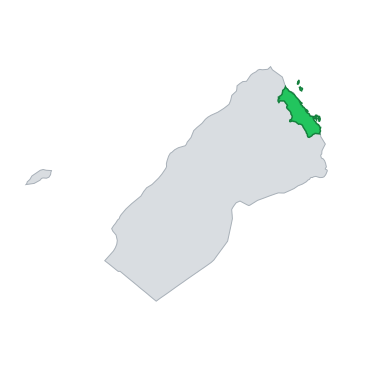 location of Al Hudaydah within Yemen, rotated 155°
{"feature_id": "YEM-151", "entity_name": "Al Hudaydah", "entity_type": "Governorate", "adm_level": 1, "iso_a3": "YEM", "parent_name": "Yemen", "parent_adm1": "", "projection": "orthographic", "projection_center": [43.034, 14.789], "detail": "fine", "context": "in_parent", "style": "filled", "palette": "green", "viewbox_px": 384, "rotation_deg": 155, "n_neighbors": 0, "source": "natural_earth", "source_scale": "10m", "svg_char_len": 6489}
<svg xmlns="http://www.w3.org/2000/svg" viewBox="0 0 384 384"><g transform="rotate(155 192 192)"><path d="M300.1,166.6L288.2,171.7L285.1,173.8L282.3,176.4L280.2,179.6L279.0,185.1L280.3,190.0L280.3,192.7L277.3,194.6L274.4,196.0L271.2,198.1L269.2,198.6L267.7,200.2L265.8,201.4L259.1,204.5L251.7,206.9L240.0,209.9L235.5,212.9L231.3,215.0L225.0,215.7L216.4,218.7L211.6,221.0L205.6,224.6L204.3,225.8L203.3,228.4L201.5,230.7L198.0,234.4L195.3,236.3L193.4,236.5L189.9,237.6L185.7,237.9L178.6,236.8L176.8,237.7L175.3,239.2L169.9,241.8L164.5,246.9L160.4,248.3L153.9,250.0L149.3,252.2L146.2,253.1L142.3,253.5L134.9,253.4L127.9,254.3L121.4,255.8L118.4,258.5L115.0,262.8L109.3,264.6L108.0,266.1L106.3,269.2L102.6,270.1L99.3,270.6L95.8,269.3L89.4,273.1L87.0,273.7L83.3,273.9L80.7,274.7L78.8,274.5L76.5,273.0L71.5,271.2L67.8,272.4L67.5,268.8L61.5,258.0L62.7,248.5L62.7,247.2L61.5,242.9L58.0,239.1L58.1,234.2L56.9,230.7L55.9,227.1L56.2,226.1L56.3,225.3L54.5,219.7L53.9,218.6L53.6,217.4L54.2,216.5L54.2,215.5L53.2,213.8L52.2,210.6L47.4,208.0L48.4,205.7L49.3,206.5L50.6,207.2L50.8,205.7L50.9,204.5L48.8,197.3L51.9,187.7L50.9,179.1L55.4,175.6L56.6,174.6L57.3,173.6L58.3,171.7L59.8,171.0L60.3,169.0L60.3,167.9L59.3,167.0L58.6,164.6L58.8,161.6L59.1,160.3L59.6,157.9L61.1,157.1L61.5,156.4L60.3,154.9L60.4,154.0L63.1,151.5L64.2,150.8L65.9,150.0L67.3,150.0L68.8,150.5L70.3,151.2L71.6,152.4L73.1,153.8L75.3,154.4L76.8,154.2L78.0,154.9L79.1,154.5L80.2,153.8L82.1,153.8L83.8,153.0L88.6,152.5L93.3,152.8L98.1,152.0L103.0,152.0L107.8,152.1L108.9,152.1L110.0,152.6L114.1,154.7L117.3,155.1L123.6,155.7L130.3,156.2L136.1,156.7L141.0,156.1L145.1,155.6L146.2,155.7L147.4,157.0L149.9,160.3L152.3,163.5L156.4,163.6L159.0,162.3L161.8,160.6L163.5,159.3L165.4,154.0L166.7,150.7L169.6,146.8L172.0,143.6L175.2,139.4L177.0,137.0L180.5,132.4L183.9,130.5L190.5,126.9L196.9,123.4L201.0,121.1L204.6,120.0L210.6,118.9L217.7,117.7L224.7,116.5L232.3,115.2L240.6,113.7L246.3,112.7L253.6,111.3L259.7,110.2L265.1,109.3L270.6,108.2L271.8,110.7L273.0,113.2L274.2,115.7L275.3,118.2L276.5,120.7L277.7,123.2L278.9,125.6L280.1,128.1L281.2,130.6L282.4,133.1L283.6,135.6L284.8,138.1L286.0,140.6L287.2,143.1L288.3,145.5L289.5,148.0L290.7,150.5L292.4,151.2L293.6,153.5L295.2,156.8L296.8,160.1L298.4,163.3L300.1,166.6ZM321.1,267.7L322.6,267.9L324.8,266.9L331.4,266.5L339.4,268.9L337.9,269.7L337.1,270.8L333.6,271.9L330.3,274.2L320.3,275.8L317.4,275.3L314.9,273.3L310.3,270.8L312.0,269.0L312.3,268.2L313.0,267.4L315.4,265.9L318.0,266.0L321.1,267.7ZM50.5,240.1L50.2,240.6L49.7,240.5L48.2,239.2L49.9,237.6L50.8,239.0L50.5,240.1ZM45.7,206.2L45.0,206.8L44.7,205.8L45.2,203.6L46.0,203.0L46.6,204.6L46.2,205.5L45.7,206.2ZM49.7,246.9L48.1,247.6L49.2,245.6L50.4,245.2L50.7,245.3L49.7,246.9Z" fill="#d9dde1" stroke="#a8b0b8" stroke-width="1"/><path d="M62.8,247.9L62.8,247.3L62.7,246.4L61.9,244.9L61.8,244.6L61.5,242.5L61.4,242.3L59.8,240.5L59.2,239.2L58.7,238.0L58.1,237.2L57.8,235.3L57.6,234.4L57.4,233.6L56.9,232.4L56.2,230.0L56.0,229.5L55.9,228.7L55.6,228.0L55.5,227.2L55.5,226.9L55.3,226.8L54.9,226.5L54.8,226.3L54.8,226.0L54.9,225.9L55.1,225.9L55.4,226.1L55.6,226.6L55.9,227.8L56.3,228.1L56.3,227.4L56.3,227.1L56.1,226.7L56.5,225.7L56.2,224.8L55.7,224.1L55.5,223.3L55.5,223.1L55.7,222.8L55.8,222.7L55.7,222.4L55.5,222.1L55.4,222.0L55.2,221.9L55.1,221.7L54.9,221.5L54.8,221.4L54.6,220.5L54.6,220.2L54.3,219.3L53.2,217.8L52.9,216.9L52.9,216.4L52.9,216.1L53.1,216.1L53.2,216.3L53.2,216.5L53.1,217.0L53.3,217.5L53.6,218.0L54.0,218.4L54.4,218.7L54.5,218.4L54.6,217.5L54.6,217.0L54.3,216.1L54.2,215.3L54.1,214.9L53.9,214.7L53.3,214.1L53.0,213.7L52.8,213.3L52.8,212.7L52.9,211.3L52.8,210.9L52.4,210.5L51.6,210.1L50.8,209.4L50.3,209.1L49.8,208.8L49.2,208.6L48.7,208.5L48.2,208.5L47.8,208.7L47.7,209.2L47.4,209.3L46.9,209.1L46.4,208.7L46.4,208.1L46.2,207.8L46.5,207.7L47.3,207.9L47.7,207.9L48.0,207.7L48.1,207.4L48.2,207.1L48.2,206.8L47.9,206.4L47.9,206.1L48.5,204.9L48.7,204.6L48.8,205.0L48.8,205.4L48.6,205.8L48.4,206.0L48.9,206.2L49.2,206.5L50.2,207.3L50.4,207.5L50.4,207.8L50.3,208.3L50.4,208.5L50.7,208.6L50.8,208.4L50.7,208.3L50.7,208.2L50.9,207.7L51.1,207.1L51.0,205.2L50.8,204.3L50.4,203.6L50.3,203.2L50.4,202.7L50.4,202.4L50.4,202.1L50.3,201.8L50.2,201.5L49.9,200.8L48.9,199.5L48.9,199.3L49.2,198.9L49.0,198.6L48.8,198.3L48.6,198.0L48.6,197.6L48.8,196.7L48.8,196.3L48.2,196.1L48.4,195.7L48.7,195.5L48.9,195.3L49.2,195.1L49.5,194.8L49.6,194.6L49.6,194.3L49.6,193.9L49.7,193.2L50.0,192.7L50.5,192.4L50.9,192.1L51.4,191.7L51.6,191.3L51.7,190.7L55.7,193.1L57.4,192.9L58.4,193.0L58.9,192.7L59.3,192.4L60.2,192.2L62.7,192.0L63.4,192.5L63.7,193.2L63.6,194.0L63.5,194.6L63.3,195.1L63.1,195.4L63.1,195.9L63.4,196.7L63.2,198.2L63.1,198.4L63.1,198.8L63.5,201.0L63.5,202.1L63.6,202.4L63.7,202.9L63.8,203.4L63.8,204.1L63.7,204.9L63.8,205.5L63.9,206.2L64.6,207.2L65.1,207.6L65.7,208.1L66.8,208.4L67.0,208.9L67.3,209.6L67.8,210.4L68.0,211.2L68.4,211.7L69.2,212.5L69.8,212.8L70.6,213.6L71.4,214.0L72.0,214.1L72.5,214.1L73.0,214.1L73.6,214.6L73.5,214.9L73.4,215.0L73.0,215.6L72.7,215.9L72.3,215.9L71.5,215.6L71.3,215.6L71.1,216.0L70.4,216.7L69.9,217.1L69.4,217.8L69.1,218.9L69.4,220.8L69.3,221.2L69.0,221.6L68.9,222.0L68.9,222.5L69.0,222.8L68.9,223.3L69.0,223.7L70.0,226.3L70.0,226.7L70.4,227.3L70.4,227.6L70.5,228.3L70.4,228.8L69.5,229.8L69.0,229.9L68.8,230.2L69.7,233.7L69.7,234.5L70.0,235.4L70.4,235.8L71.0,236.1L71.8,236.4L73.2,237.2L73.6,237.4L74.0,237.4L74.3,237.1L74.7,236.8L75.0,236.6L75.4,236.4L75.5,237.1L75.6,237.6L75.5,238.3L74.5,239.8L74.1,240.1L73.9,239.9L73.5,239.7L73.1,239.9L73.0,240.3L73.3,240.7L73.5,241.0L73.6,241.4L73.3,241.4L72.6,241.6L70.6,241.9L70.0,242.1L69.1,242.5L67.2,245.0L67.0,245.5L66.7,245.8L66.2,245.9L65.3,246.1L64.6,246.4L62.9,247.8L62.8,247.9ZM49.9,237.7L50.0,237.5L50.7,238.4L50.9,238.8L50.9,239.0L50.5,240.0L50.5,240.8L50.5,241.2L50.4,241.4L49.7,241.4L50.0,240.7L49.5,240.5L48.9,240.1L48.7,239.9L48.4,239.7L48.2,239.0L48.4,238.6L48.9,238.2L49.5,237.8L49.9,237.7ZM46.9,202.6L46.2,203.0L46.3,203.2L46.3,203.4L46.2,203.5L45.9,203.7L45.6,203.9L45.5,204.0L45.8,204.0L46.1,204.0L46.4,203.8L46.7,203.8L46.7,204.1L46.4,205.1L46.3,205.4L46.3,205.7L46.3,205.8L46.2,206.0L46.3,206.0L45.8,206.9L45.5,207.1L45.2,207.1L44.9,206.9L44.6,206.5L44.6,205.9L44.9,205.3L45.0,204.0L45.3,203.5L45.6,203.2L45.8,203.0L45.9,202.8L46.0,202.6L46.6,202.3L46.9,202.6ZM48.8,245.9L49.9,245.1L50.4,245.0L50.7,245.2L50.6,245.7L49.9,246.5L49.7,247.0L49.4,247.3L48.1,247.9L48.0,247.6L48.2,247.0L48.8,245.9Z" fill="#22c55e" stroke="#15803d" stroke-width="1.5"/></g></svg>